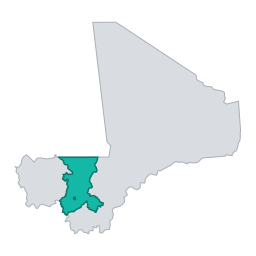 Koulikoro highlighted on a map of Mali
{"feature_id": "MLI-4860", "entity_name": "Koulikoro", "entity_type": "Region", "adm_level": 1, "iso_a3": "MLI", "parent_name": "Mali", "parent_adm1": "", "projection": "orthographic", "projection_center": [-7.926, 13.476], "detail": "fine", "context": "in_parent", "style": "filled", "palette": "teal", "viewbox_px": 256, "rotation_deg": 0, "n_neighbors": 0, "source": "natural_earth", "source_scale": "10m", "svg_char_len": 7618}
<svg xmlns="http://www.w3.org/2000/svg" viewBox="0 0 256 256"><path d="M27.2,201.1L27.3,200.1L26.4,199.3L26.3,198.9L26.9,195.8L26.9,195.0L27.3,193.5L26.7,192.7L26.5,192.2L25.1,190.2L24.7,188.4L23.9,187.3L22.2,186.9L21.6,187.9L21.2,188.0L20.6,187.3L20.3,186.7L20.4,186.2L18.2,183.4L18.3,182.0L19.2,181.2L19.5,180.0L18.7,178.5L18.9,177.2L18.8,175.2L17.5,173.5L16.7,172.8L16.0,171.6L16.6,168.9L15.4,166.6L17.8,167.5L18.9,166.7L20.1,165.5L21.0,164.0L21.5,162.1L21.7,160.4L22.7,157.9L23.9,156.6L26.3,154.9L26.9,155.1L30.8,158.9L33.0,160.9L33.8,161.9L34.5,162.0L35.7,160.1L36.8,158.5L37.3,158.1L41.3,157.9L43.3,158.3L45.1,158.7L47.7,158.9L54.6,157.7L54.7,157.0L54.6,156.1L54.9,155.4L55.4,154.8L55.9,154.6L56.1,156.8L56.7,157.1L58.3,157.2L108.8,157.1L110.7,145.8L107.0,141.8L92.8,22.4L115.7,22.2L119.8,24.8L196.1,75.2L196.5,76.8L196.6,79.2L197.2,79.9L198.3,80.6L202.7,82.7L203.0,83.1L203.2,84.0L203.8,85.1L204.7,85.8L205.8,86.2L207.1,86.5L211.0,86.7L211.8,87.2L213.6,89.2L214.5,89.6L219.8,90.5L221.5,91.0L223.4,91.8L224.4,92.6L224.6,95.9L225.4,98.0L225.5,98.5L224.7,99.4L224.5,100.1L223.7,101.8L223.9,102.4L225.8,103.6L226.7,104.0L227.7,103.9L238.5,101.2L240.6,131.7L240.2,132.2L240.3,137.7L239.7,140.9L238.4,143.3L237.7,146.9L237.2,147.6L236.9,149.7L236.1,150.9L234.7,151.4L232.3,153.8L232.2,155.6L226.1,154.9L225.7,154.9L225.4,155.2L225.4,156.1L209.9,157.4L202.3,158.1L197.7,162.4L194.5,162.9L190.6,162.7L188.6,162.7L187.8,163.0L187.7,163.8L181.4,161.8L179.1,162.6L178.8,162.4L178.4,161.9L177.3,161.7L175.5,161.9L174.3,162.2L170.4,165.6L168.3,166.5L164.4,168.5L161.6,170.3L160.7,170.6L159.1,170.7L157.8,171.1L156.8,174.9L156.0,175.3L151.2,173.9L150.3,174.1L149.5,174.6L146.8,176.9L145.6,178.6L144.9,181.0L145.1,182.5L144.6,183.0L143.4,183.1L141.2,182.7L140.5,182.9L140.2,184.1L140.3,186.6L139.8,188.3L138.5,188.9L137.5,189.6L136.7,189.8L136.1,189.7L132.2,187.2L130.8,186.8L129.4,187.1L128.0,188.2L125.6,190.9L125.9,191.8L126.6,192.9L127.1,194.3L127.1,195.5L123.6,197.3L124.4,198.6L124.4,202.1L122.8,203.7L122.2,204.7L120.6,205.9L119.3,206.5L115.0,207.5L113.2,208.6L112.4,209.5L112.3,210.5L112.4,211.6L113.3,213.9L113.0,216.0L112.4,218.4L111.7,219.5L109.7,220.8L110.0,222.4L110.2,224.7L109.9,227.6L109.3,229.6L108.8,229.4L106.9,229.5L104.8,230.2L104.1,230.7L103.9,231.3L102.2,233.0L101.0,232.9L99.9,232.4L99.3,232.0L99.2,231.8L99.9,230.5L99.9,230.0L99.2,227.8L99.4,227.2L99.1,225.5L98.9,225.4L96.6,226.2L96.5,226.5L96.9,227.6L96.6,227.8L95.8,227.8L94.7,227.4L93.4,226.4L93.1,226.8L93.0,227.5L92.9,228.5L93.2,230.2L92.9,230.8L90.9,230.7L89.3,230.9L88.8,231.5L88.7,232.2L89.1,233.0L89.0,233.3L88.3,233.8L88.0,233.8L87.1,232.9L83.4,232.1L83.1,231.0L82.7,231.0L81.5,229.6L81.1,229.6L80.6,229.8L79.3,229.7L78.0,231.0L77.1,232.5L76.1,233.2L74.6,233.5L74.8,232.6L74.4,231.3L71.2,229.6L70.7,228.9L69.9,225.1L70.0,224.0L70.2,223.0L70.1,222.3L69.7,221.7L68.8,221.1L67.8,220.9L66.6,221.6L66.0,221.7L65.4,221.7L65.1,221.4L65.2,221.0L66.5,219.0L67.2,218.2L68.5,217.2L68.9,216.7L68.9,216.3L68.8,216.0L67.9,215.7L66.5,214.7L65.8,214.6L65.2,214.2L64.5,212.7L64.2,212.4L63.6,212.3L63.0,211.9L63.0,208.4L61.7,205.7L60.5,202.3L59.9,201.5L58.8,200.8L57.5,200.3L56.3,200.2L55.0,200.6L55.0,200.9L55.8,202.0L55.9,202.6L55.8,203.2L55.5,203.6L53.7,203.9L51.3,205.1L50.5,206.6L50.0,206.7L49.0,206.6L42.7,204.1L40.0,205.1L38.3,207.2L37.8,207.9L37.0,208.5L36.6,208.5L36.1,208.1L34.3,204.8L33.5,204.1L32.5,204.0L31.6,204.5L30.7,205.6L29.6,206.6L28.9,206.9L28.3,206.7L25.7,204.5L25.6,204.1L26.8,201.5L27.2,201.1Z" fill="#d9dde1" stroke="#a8b0b8" stroke-width="1"/><path d="M60.9,204.6L60.8,204.4L60.7,204.2L60.5,203.9L60.6,203.5L60.7,203.2L60.9,202.9L61.0,202.6L61.0,202.3L60.9,202.0L60.6,201.7L60.1,201.4L60.4,201.2L59.9,200.8L60.5,199.8L61.0,199.3L61.6,198.9L62.1,197.9L62.6,197.7L63.2,197.6L63.9,197.4L64.4,197.0L64.8,196.5L65.0,196.3L66.2,195.7L66.0,195.4L65.8,195.2L65.6,195.0L65.7,194.6L65.8,194.3L66.4,193.3L66.5,192.9L66.5,192.5L66.4,191.8L66.4,191.5L66.5,191.4L66.6,191.2L66.7,190.1L66.8,189.8L66.9,189.7L67.1,189.4L67.2,189.2L67.3,188.8L67.5,187.9L67.6,187.7L67.8,187.5L68.1,187.4L68.2,187.2L68.3,186.9L68.2,186.6L68.1,186.3L68.0,186.1L67.6,185.7L67.4,185.3L67.3,185.1L67.2,185.0L67.1,184.9L66.9,184.7L66.8,183.2L66.8,182.9L67.0,182.7L67.4,182.3L67.5,182.1L67.7,181.7L67.8,181.5L68.0,181.4L68.1,181.2L68.2,180.9L68.2,180.7L68.2,180.4L68.2,180.2L68.0,179.8L67.8,179.5L67.4,179.3L66.9,179.3L66.6,179.4L66.5,179.6L66.5,179.9L66.3,180.4L66.3,180.6L66.3,180.9L65.9,181.0L64.7,180.8L64.5,180.6L64.1,179.8L63.9,180.0L63.7,179.9L63.6,179.7L63.3,179.5L63.2,179.5L62.7,179.1L62.6,178.8L62.7,178.7L62.8,178.7L62.9,178.3L63.0,178.2L63.1,177.8L63.1,177.3L63.1,177.1L63.4,177.0L63.7,177.1L63.9,177.1L64.0,176.7L64.0,176.4L63.9,176.1L63.3,174.5L64.5,174.5L64.9,174.3L65.5,174.2L65.9,173.5L66.3,172.8L66.6,172.7L66.9,172.9L67.2,173.2L67.6,174.0L68.0,174.3L68.4,174.4L69.0,174.3L70.0,174.1L70.7,174.3L71.4,174.2L72.3,174.1L72.7,173.8L72.6,173.5L72.3,172.5L72.4,172.1L72.4,171.7L72.2,171.5L71.2,171.2L70.3,170.3L69.5,169.7L68.1,168.7L67.8,168.2L67.9,167.4L67.9,166.1L67.7,165.2L67.5,164.9L66.6,164.7L65.1,164.6L64.3,164.0L63.6,162.3L63.5,161.2L63.4,160.8L62.8,160.1L60.8,159.1L60.5,158.7L59.7,158.1L59.0,157.5L58.8,157.2L60.5,157.2L61.9,157.2L62.9,157.2L63.9,157.3L65.0,157.3L66.2,157.3L68.0,157.3L70.0,157.3L72.1,157.3L74.3,157.3L76.5,157.3L78.8,157.3L81.2,157.3L83.5,157.3L85.9,157.3L88.2,157.3L90.5,157.2L92.8,157.2L95.0,157.2L97.0,157.2L97.7,157.2L97.5,158.9L96.5,161.9L96.1,162.6L94.8,164.3L94.6,165.1L95.4,166.5L96.1,167.4L96.6,169.1L96.9,170.0L96.9,170.9L96.6,171.4L96.3,171.9L95.8,172.2L94.1,171.7L93.7,171.9L93.4,172.6L92.3,174.0L91.8,174.8L89.8,178.7L89.6,181.3L89.8,182.2L90.6,183.0L91.4,184.0L91.5,185.4L91.7,185.8L92.2,186.2L92.3,186.5L92.0,187.4L91.6,187.7L90.3,187.8L89.4,188.0L88.8,188.6L88.6,189.4L88.1,190.3L88.1,190.9L88.0,191.7L87.5,192.2L87.3,192.7L87.5,192.9L88.2,193.7L89.0,194.0L89.7,194.0L90.0,194.3L90.1,195.1L89.9,196.0L90.1,196.3L90.5,196.3L91.1,196.0L92.7,195.8L93.7,195.6L94.3,195.9L95.3,196.3L95.6,197.3L95.9,197.5L96.5,197.2L97.0,197.2L97.2,197.8L97.5,198.7L98.1,198.9L98.8,199.3L99.2,200.0L99.3,200.6L99.5,201.1L99.5,201.4L100.0,201.4L100.7,201.9L101.0,202.5L101.5,202.8L102.7,202.7L103.1,202.9L103.2,204.1L102.7,205.4L102.2,205.4L101.2,205.7L100.8,205.6L100.4,205.8L100.5,206.5L100.5,206.8L100.3,207.0L99.7,206.4L98.9,206.1L98.2,206.1L97.6,206.8L97.6,207.5L97.8,208.6L96.9,209.4L96.8,210.0L96.5,210.9L96.3,211.5L95.9,212.2L95.5,212.2L94.9,211.9L95.0,211.1L94.8,210.8L93.5,210.8L91.7,210.0L90.7,209.7L90.3,209.2L89.9,209.1L89.2,209.2L89.2,207.9L88.9,207.6L88.3,207.7L87.9,207.5L87.4,207.1L87.4,206.3L87.8,205.3L87.8,204.8L87.3,203.0L87.0,201.5L86.8,201.1L86.1,201.3L85.5,202.3L84.9,202.7L84.4,202.9L84.2,203.6L84.0,204.0L83.5,204.2L82.1,204.9L81.8,205.1L81.4,205.9L80.9,207.2L80.4,207.5L79.5,208.0L78.0,208.6L76.4,209.5L75.4,210.3L75.0,210.4L74.0,211.5L73.5,211.8L72.3,211.5L71.6,211.5L69.8,212.2L68.9,212.1L68.4,212.4L67.6,214.2L67.1,214.8L66.9,215.0L66.9,214.7L66.4,214.8L66.0,214.8L65.3,214.5L65.1,214.2L64.9,213.7L64.8,213.4L64.5,212.4L64.3,212.3L64.1,212.3L63.9,212.4L63.6,212.5L63.3,212.4L63.1,212.2L62.9,212.1L62.6,212.1L63.3,208.5L63.3,208.3L63.2,208.2L63.1,207.9L63.1,207.6L63.1,207.3L63.0,207.1L62.8,206.8L62.5,206.8L62.2,206.8L61.8,206.8L61.6,206.6L61.5,206.3L61.6,206.0L61.8,205.4L61.8,205.1L61.7,204.8L61.5,204.6L61.3,204.4L61.0,204.5L60.9,204.6ZM74.8,199.5L75.3,199.4L75.4,199.0L75.5,198.6L75.4,198.2L75.4,197.8L75.1,197.5L74.8,197.3L74.5,197.2L74.1,197.2L73.8,197.4L73.6,197.7L73.5,198.1L73.6,198.6L73.7,199.0L74.0,199.1L74.1,199.3L74.3,199.4L74.8,199.5Z" fill="#14b8a6" stroke="#0f766e" stroke-width="1.5"/></svg>